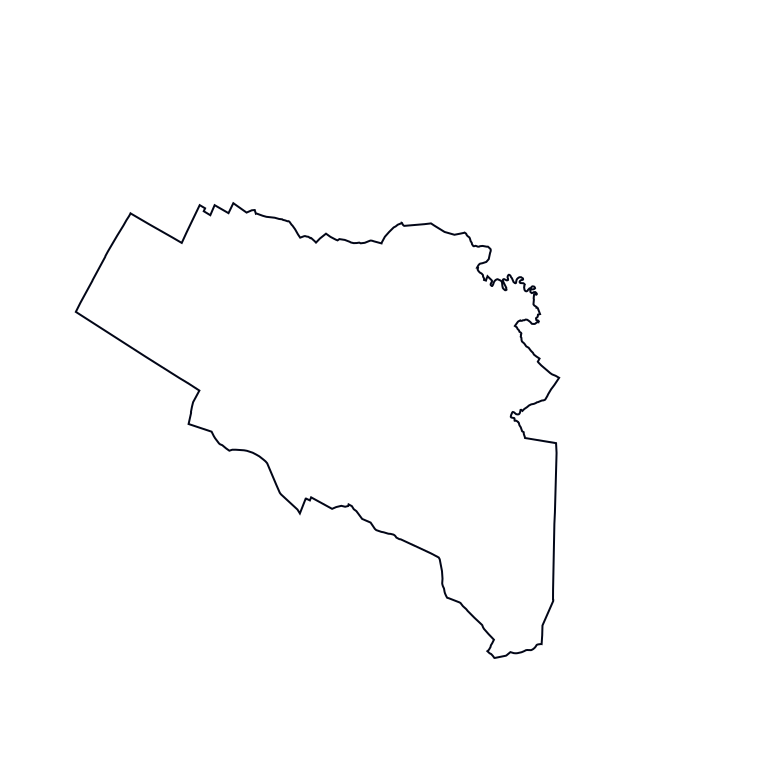 the district of Livada, Satu Mare, Romania, rotated 47°
{"feature_id": "2599482B37449701162045", "entity_name": "Livada", "entity_type": "district", "adm_level": 2, "iso_a3": "ROU", "parent_name": "Romania", "parent_adm1": "Satu Mare", "projection": "equal_earth", "projection_center": [23.137, 47.873], "detail": "fine", "context": "isolated", "style": "outline", "palette": "ink", "viewbox_px": 768, "rotation_deg": 47, "n_neighbors": 0, "source": "geoboundaries", "source_scale": "gbopen_adm2", "svg_char_len": 6144}
<svg xmlns="http://www.w3.org/2000/svg" viewBox="0 0 768 768"><g transform="rotate(47 384 384)"><path d="M86.3,453.0L86.8,454.2L87.4,456.1L88.5,460.5L90.4,466.5L93.5,477.8L98.7,495.3L100.4,500.4L100.9,501.2L101.9,504.2L109.0,525.3L109.4,526.5L109.6,526.7L117.5,550.5L121.1,560.2L202.0,539.6L240.3,529.5L250.9,526.5L262.9,523.5L267.1,536.0L269.7,540.0L272.9,544.4L273.5,544.7L280.0,554.2L301.3,542.6L306.0,544.0L308.4,544.5L315.0,545.2L316.3,545.0L318.5,544.0L323.4,543.4L327.3,542.6L328.6,539.8L330.7,537.5L337.0,531.6L339.4,529.8L344.7,526.9L348.7,525.5L352.0,524.5L357.2,523.7L359.8,523.4L362.3,523.5L384.5,531.6L392.5,534.4L394.5,534.6L416.8,532.9L421.3,533.8L414.5,519.6L415.1,519.3L415.0,519.0L418.6,517.6L417.2,514.6L439.9,507.1L441.4,502.9L444.0,498.3L447.3,496.1L448.8,493.4L447.9,492.0L451.4,490.8L455.0,491.5L458.1,490.9L467.8,492.0L476.2,488.3L483.7,489.5L485.6,489.3L490.3,486.8L492.2,485.4L496.5,482.9L498.1,481.4L500.6,479.8L501.6,479.5L502.6,479.4L503.8,479.5L504.7,479.7L507.9,478.6L509.0,477.7L540.1,465.1L548.2,462.3L550.2,462.8L560.4,469.2L566.3,474.0L569.5,477.4L570.4,478.0L572.0,478.8L574.5,479.6L577.4,481.5L578.8,482.2L581.4,483.1L583.4,483.6L585.1,482.6L595.1,477.8L596.3,477.4L600.4,477.8L604.8,477.4L607.1,477.6L616.5,477.3L627.3,476.6L629.5,477.5L631.3,477.9L638.2,478.1L646.0,478.0L647.4,481.7L648.0,484.0L649.1,485.7L649.4,486.8L649.8,488.1L650.0,489.5L649.9,490.6L653.0,490.4L654.6,489.8L656.9,489.8L659.6,490.1L660.0,489.7L665.7,480.4L666.0,479.7L666.3,474.4L669.4,472.6L671.0,471.1L671.9,469.9L674.0,466.3L674.9,463.9L675.5,461.7L676.2,460.7L678.9,458.0L679.2,457.3L679.6,455.7L679.7,453.8L679.5,452.2L679.0,450.4L679.1,449.8L679.6,448.8L681.4,446.3L681.7,446.1L675.7,439.7L668.7,432.8L658.1,408.2L657.1,407.3L656.9,407.4L649.6,400.5L602.4,354.7L594.6,346.7L552.1,304.8L544.6,298.5L519.7,317.7L518.7,317.1L516.0,315.9L514.5,314.7L512.8,315.2L508.9,313.5L506.6,313.1L504.3,311.9L503.4,312.0L503.2,311.8L501.1,312.3L500.0,313.5L499.6,313.3L498.4,312.2L497.8,312.0L495.4,313.7L494.6,313.7L494.3,313.5L493.4,312.2L492.8,310.8L492.3,309.7L492.3,308.9L493.2,308.3L496.2,307.9L497.3,307.1L498.0,306.2L498.1,305.4L497.7,304.1L496.1,301.8L496.4,301.3L498.1,301.1L498.0,299.8L498.0,298.2L498.5,295.1L498.6,292.6L499.3,290.2L500.7,288.0L501.5,285.9L501.6,284.9L502.3,283.7L503.7,279.9L504.8,278.4L505.3,277.1L505.3,276.5L504.2,272.8L503.4,270.8L501.8,265.3L500.9,260.1L498.9,251.7L495.0,252.9L491.6,254.5L489.3,255.0L477.7,256.3L473.7,256.4L472.6,256.3L471.5,252.9L467.8,253.8L464.7,254.3L462.8,253.8L459.8,253.9L456.1,253.5L453.5,254.3L450.1,253.8L447.0,254.1L445.6,253.4L443.9,252.0L442.7,251.8L442.2,250.9L441.3,250.3L441.0,249.4L440.6,249.0L439.8,248.9L438.1,249.3L437.1,248.8L436.3,248.7L435.0,248.8L433.1,248.2L430.8,248.7L429.8,243.6L429.9,242.7L430.2,242.0L430.4,241.0L431.1,240.9L431.9,239.9L432.2,238.8L433.0,238.0L433.4,236.7L433.6,236.3L434.8,235.4L437.1,234.9L438.6,234.7L440.5,234.8L441.0,234.7L442.8,232.9L443.0,232.4L443.2,230.2L443.3,229.7L444.2,229.0L444.0,228.7L443.7,228.7L443.8,228.1L443.5,228.0L442.4,228.1L441.4,228.9L441.1,229.0L439.6,228.0L439.5,227.5L439.7,226.3L439.6,225.7L438.3,224.1L439.3,222.2L433.4,219.8L432.2,220.5L431.7,219.9L429.4,220.5L428.3,220.5L427.6,220.3L424.5,216.8L423.4,216.1L420.9,213.2L421.1,212.5L422.4,211.8L422.6,211.6L422.5,210.9L422.4,210.8L421.8,210.6L420.1,210.6L419.7,210.9L419.0,211.9L418.8,212.8L418.3,213.9L416.8,214.2L416.2,213.9L415.2,213.1L414.9,212.6L415.3,212.1L415.4,211.6L416.7,210.0L417.0,209.1L417.0,208.2L416.2,207.8L415.1,207.8L414.0,208.6L413.7,209.1L413.7,210.2L413.9,210.9L413.7,211.8L413.3,212.3L413.4,214.5L413.7,215.5L413.5,216.3L413.2,216.8L412.3,217.2L410.9,217.0L408.7,215.5L408.5,215.0L407.8,214.4L407.3,213.2L406.5,213.1L405.4,213.3L403.3,215.3L402.6,215.5L402.1,215.4L401.8,215.2L401.4,214.2L401.6,212.8L402.4,211.5L402.4,211.0L401.6,210.4L399.4,210.9L398.5,211.9L398.2,212.3L397.9,214.0L398.0,215.2L398.4,216.3L399.8,218.1L400.1,218.7L399.9,219.2L399.7,219.3L399.5,218.9L398.9,219.5L397.8,219.7L393.9,218.3L392.5,218.2L391.0,217.7L389.9,217.8L389.5,218.0L389.2,218.3L389.2,219.0L389.6,220.1L390.4,221.0L391.6,221.5L392.5,222.3L392.4,222.9L391.8,223.6L389.1,224.7L388.8,225.7L389.0,226.0L389.8,226.8L396.8,228.9L396.8,229.0L397.1,229.1L397.2,229.3L398.6,230.1L398.5,230.9L397.9,231.5L396.1,231.7L394.8,231.6L393.1,230.6L390.3,228.5L389.2,228.1L388.1,228.1L384.9,229.4L384.4,230.2L384.1,231.3L384.1,232.8L384.6,234.5L385.3,235.6L386.0,237.3L386.1,238.0L385.7,238.4L384.3,238.4L383.7,237.9L382.5,234.9L382.1,234.6L381.3,234.5L375.8,234.8L376.3,235.7L376.6,236.6L377.9,238.9L376.1,239.9L375.3,238.9L373.0,238.3L372.5,237.8L371.6,237.3L369.7,237.3L367.9,237.9L365.9,237.9L364.2,237.5L363.2,236.1L362.4,236.7L361.6,234.1L361.4,232.9L361.5,231.7L362.8,229.6L364.5,225.9L364.1,222.2L360.4,216.9L359.8,215.7L359.0,214.7L358.1,214.1L357.2,214.1L354.5,214.3L353.4,215.4L350.3,217.7L348.7,219.8L348.4,220.8L347.7,221.6L345.5,222.7L345.2,223.1L344.7,224.1L344.3,224.5L343.8,224.6L341.8,224.3L340.5,223.5L338.7,223.2L336.1,221.9L335.0,221.6L332.7,222.0L330.9,221.8L330.6,221.6L330.1,221.4L328.2,221.8L327.9,222.6L325.6,226.4L322.9,230.7L314.1,236.0L302.4,239.2L298.6,240.1L294.7,245.4L282.2,261.3L281.8,261.5L281.0,261.6L279.9,261.5L278.6,261.0L278.1,261.2L278.3,261.5L278.2,261.9L276.9,265.3L276.7,268.0L276.1,270.1L276.3,276.5L276.9,282.9L279.0,289.1L279.5,289.9L272.9,294.0L271.1,295.0L270.1,295.8L269.7,296.4L267.6,301.8L265.2,305.1L263.7,305.7L262.3,307.8L260.3,310.1L257.9,311.7L256.6,312.1L251.9,314.4L247.6,317.8L247.3,320.0L245.6,320.8L239.9,322.8L234.5,323.9L233.9,331.6L234.2,337.3L232.4,337.3L227.7,337.7L227.2,337.9L227.1,338.4L224.8,338.9L223.4,340.0L221.9,340.9L221.3,341.9L219.8,345.5L216.0,344.9L210.2,343.5L205.6,342.9L204.6,343.0L201.0,342.5L199.9,342.7L199.3,343.5L196.6,344.9L195.8,345.5L194.7,346.1L194.2,346.1L191.7,348.2L187.9,350.5L181.5,356.0L178.2,358.0L172.3,361.0L172.1,361.6L168.6,359.9L166.8,362.2L164.9,367.6L149.0,370.9L153.0,381.2L137.7,385.9L142.1,395.9L134.7,398.0L133.5,395.0L127.5,396.8L138.5,425.0L142.9,435.7L132.9,438.7L107.4,446.7L86.7,452.9L86.3,453.0Z" fill="none" stroke="#020617" stroke-width="2"/></g></svg>